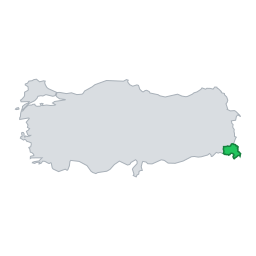 where Hakkari sits in Turkey
{"feature_id": "TUR-3047", "entity_name": "Hakkari", "entity_type": "Province", "adm_level": 1, "iso_a3": "TUR", "parent_name": "Turkey", "parent_adm1": "", "projection": "equal_earth", "projection_center": [44.217, 37.441], "detail": "fine", "context": "in_parent", "style": "filled", "palette": "green", "viewbox_px": 256, "rotation_deg": 0, "n_neighbors": 0, "source": "natural_earth", "source_scale": "10m", "svg_char_len": 5122}
<svg xmlns="http://www.w3.org/2000/svg" viewBox="0 0 256 256"><path d="M202.0,87.9L205.6,89.2L206.8,88.3L210.2,88.4L213.1,89.1L214.8,87.0L216.9,87.2L217.3,88.3L218.3,88.7L221.3,91.5L221.0,91.8L221.7,92.8L224.4,93.5L224.6,94.9L226.7,97.0L227.8,100.2L227.1,102.4L226.0,103.8L227.6,108.7L227.1,109.3L230.3,110.9L234.4,110.6L235.7,111.3L239.7,115.2L240.6,116.7L237.9,114.8L236.4,116.4L235.6,120.2L231.3,120.9L231.9,123.4L233.1,124.5L232.7,126.9L233.0,127.8L234.2,129.4L234.0,131.5L234.5,133.7L234.5,136.4L236.3,137.2L235.5,138.5L233.5,143.9L233.6,144.3L235.0,144.5L238.0,147.0L237.5,147.8L237.8,151.4L240.5,153.6L240.0,154.8L240.1,156.0L238.2,155.4L234.3,158.6L233.9,158.5L233.4,157.4L233.3,154.3L232.3,153.5L231.1,153.3L229.0,154.7L227.1,154.6L225.2,154.4L220.1,152.4L218.2,153.1L216.3,152.4L212.5,156.2L211.3,156.5L210.8,154.6L209.5,153.5L207.7,155.0L201.2,156.8L198.2,157.1L194.5,156.5L191.5,156.7L183.2,161.0L175.2,163.3L168.1,163.1L164.3,160.4L161.3,159.8L152.1,163.9L147.7,163.7L146.2,162.1L142.8,161.4L142.1,163.0L141.2,166.8L142.3,170.4L140.4,170.6L139.1,171.4L138.7,174.1L136.9,175.1L136.3,176.8L135.9,176.8L133.2,175.5L134.0,174.2L132.4,169.2L133.3,167.7L137.1,163.6L137.1,161.3L135.6,159.7L130.8,162.6L130.4,163.7L129.3,164.6L127.5,165.0L119.4,161.1L114.4,164.5L110.0,169.4L106.8,171.2L97.6,172.6L95.9,173.6L92.8,172.5L91.0,171.2L87.0,165.6L79.2,161.4L70.7,160.4L69.9,161.5L69.4,165.8L67.8,169.8L67.1,170.3L65.2,169.2L58.6,171.6L53.1,169.0L52.2,167.8L51.3,163.1L50.5,162.7L49.6,163.4L48.6,163.4L44.7,161.3L42.6,161.2L41.2,163.2L39.0,164.0L39.0,163.5L39.9,162.2L36.5,162.4L34.7,163.4L32.3,162.8L32.5,162.3L34.5,161.6L39.0,160.9L42.1,157.8L31.4,157.9L30.3,158.6L30.3,157.0L30.9,156.2L33.8,155.6L33.7,154.3L32.1,152.8L30.3,152.1L29.7,148.7L28.8,147.8L28.9,147.4L30.7,146.8L31.3,144.3L31.1,142.8L27.8,141.5L27.0,141.6L26.2,140.3L24.8,139.3L23.6,140.1L20.3,138.1L21.0,136.6L21.9,136.7L22.1,135.5L21.6,133.6L21.7,132.7L22.5,132.4L23.4,132.6L24.1,133.7L24.1,135.9L24.9,137.2L25.6,135.9L27.2,136.6L30.0,135.9L30.6,135.4L28.6,135.4L27.8,134.9L26.4,131.3L28.2,130.3L29.6,128.6L27.4,127.4L28.0,125.0L26.2,122.2L29.2,118.7L29.1,118.2L28.3,118.0L19.7,119.5L19.7,117.9L20.4,116.6L20.7,113.2L21.2,111.4L22.8,110.9L24.9,108.2L28.3,105.1L31.5,105.1L32.9,104.3L34.8,104.2L35.2,105.5L36.8,106.3L39.8,106.2L41.3,105.4L40.1,103.8L41.8,103.3L43.1,103.7L42.2,105.4L42.6,105.6L46.5,105.0L50.5,105.5L54.9,105.2L55.5,104.7L52.5,103.0L54.6,101.5L55.8,101.3L65.1,99.9L65.2,99.5L59.6,98.8L56.8,96.8L56.1,95.7L56.8,93.1L57.5,92.5L59.6,92.4L66.4,93.6L71.5,92.8L76.8,94.6L82.0,94.2L83.1,93.4L84.6,91.0L92.2,86.8L94.9,84.7L106.5,80.5L123.5,81.2L126.5,79.6L128.2,80.2L127.7,81.2L127.8,82.2L129.7,84.7L132.7,86.2L136.9,84.9L138.5,85.4L139.8,89.3L142.3,91.7L143.5,91.8L145.2,90.5L146.7,90.3L149.2,91.6L150.0,93.0L158.1,94.7L159.8,95.8L165.2,97.0L177.5,94.2L182.0,96.1L185.7,96.7L187.3,96.5L192.3,94.2L193.9,92.9L197.0,91.9L200.9,89.4L202.0,87.9ZM45.2,81.1L44.7,82.8L45.3,84.7L46.8,87.4L48.4,88.7L56.5,92.3L55.0,95.7L52.9,96.3L45.9,94.6L42.9,96.0L40.9,95.7L37.9,96.3L37.0,98.3L34.7,100.7L28.8,103.6L23.1,109.4L21.6,110.1L22.4,108.1L22.5,106.4L24.9,104.4L28.3,102.9L29.2,101.6L21.1,101.8L20.5,100.1L21.4,99.7L24.2,96.6L24.6,95.3L24.6,92.2L27.9,90.4L28.3,89.7L28.0,86.7L25.2,84.9L25.3,84.0L27.5,83.2L28.9,81.1L32.1,80.7L33.7,79.7L36.4,79.2L39.6,81.8L43.6,80.8L45.2,81.1ZM18.9,109.2L16.2,109.6L15.4,109.2L16.3,108.2L18.4,107.6L19.0,108.5L18.9,109.2Z" fill="#d9dde1" stroke="#a8b0b8" stroke-width="1"/><path d="M224.7,154.4L224.0,153.8L223.5,153.6L223.3,153.4L223.5,153.1L223.8,152.3L223.9,150.9L223.5,149.8L223.3,149.0L223.6,148.1L223.6,146.6L225.3,146.6L226.8,146.4L227.2,146.2L227.5,146.0L228.0,146.1L228.5,146.3L229.3,146.3L230.0,146.2L230.7,145.7L231.0,144.9L231.5,144.0L232.4,143.8L233.4,144.0L233.6,144.4L234.0,144.5L234.8,144.4L235.3,144.7L235.5,144.8L235.6,145.1L235.7,145.3L235.8,145.4L235.9,145.5L236.0,145.4L236.1,145.5L236.1,145.8L236.2,146.1L236.3,146.1L236.5,146.1L237.0,145.9L237.3,146.1L237.6,146.4L238.1,146.9L238.1,147.1L238.0,147.3L237.6,147.6L237.5,147.8L237.4,148.2L237.7,148.5L237.9,148.7L238.0,149.0L237.9,149.3L237.8,149.7L237.8,150.1L237.8,150.4L237.9,150.7L237.7,151.2L237.8,151.4L238.0,151.5L238.4,151.6L238.6,151.7L238.8,152.2L238.9,152.3L239.3,152.2L239.4,152.4L239.5,152.6L239.6,152.8L240.3,153.3L240.6,153.6L240.5,154.1L240.4,154.3L240.2,154.4L240.1,154.5L240.0,154.8L240.0,155.1L240.1,155.4L240.2,155.7L240.1,156.0L240.0,155.7L239.7,155.6L238.5,155.4L238.3,155.4L237.9,155.6L237.4,156.0L237.0,156.4L236.7,156.8L236.4,157.0L236.1,157.2L235.1,157.6L234.9,158.0L234.7,158.3L234.6,158.6L234.4,158.7L233.9,158.6L233.7,158.3L233.2,157.2L233.1,156.8L233.1,156.5L233.2,156.2L233.4,155.9L233.6,155.8L233.8,155.7L233.9,155.4L233.9,155.2L233.9,154.9L233.8,154.5L233.6,154.2L233.4,154.0L233.2,153.8L232.0,153.3L231.8,153.3L231.4,153.2L230.8,153.3L230.4,153.7L230.1,154.2L229.7,154.7L229.0,154.8L228.8,155.0L228.7,155.1L228.3,154.7L228.2,154.7L227.9,154.6L227.6,154.6L226.4,154.6L226.1,154.6L225.8,154.5L225.6,154.3L225.5,154.2L225.3,154.2L225.2,154.2L224.9,154.4L224.7,154.4Z" fill="#22c55e" stroke="#15803d" stroke-width="1.5"/></svg>